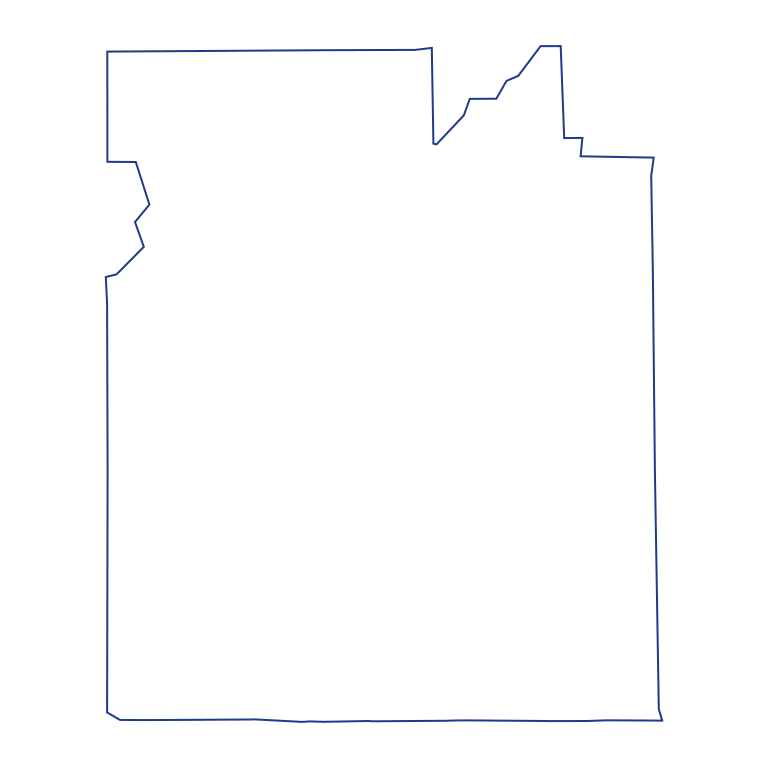 the district of Covington, Alabama, United States of America
{"feature_id": "52423323B38524451377565", "entity_name": "Covington", "entity_type": "district", "adm_level": 2, "iso_a3": "USA", "parent_name": "United States of America", "parent_adm1": "Alabama", "projection": "orthographic", "projection_center": [-86.436, 31.261], "detail": "fine", "context": "isolated", "style": "outline", "palette": "blue", "viewbox_px": 768, "rotation_deg": 0, "n_neighbors": 0, "source": "geoboundaries", "source_scale": "gbopen_adm2", "svg_char_len": 765}
<svg xmlns="http://www.w3.org/2000/svg" viewBox="0 0 768 768"><path d="M654.9,470.5L652.8,267.9L651.2,176.0L653.7,157.6L580.6,156.3L582.4,137.9L564.2,138.1L560.7,46.1L540.6,46.1L518.3,75.8L506.5,80.9L496.3,98.7L469.8,98.9L463.8,115.4L436.5,144.4L433.4,143.6L431.8,47.9L415.2,49.9L325.0,50.2L107.3,51.6L107.4,161.8L135.8,162.0L149.4,204.6L135.0,222.0L143.8,246.8L116.5,274.4L105.8,277.0L107.1,303.6L107.6,470.4L107.1,712.5L120.0,719.9L130.7,720.0L145.5,720.1L250.6,719.5L255.1,719.4L302.1,721.9L309.8,721.4L323.8,721.8L368.8,721.0L372.7,721.3L426.6,720.9L440.7,720.8L444.2,720.8L444.3,720.8L459.5,720.4L465.2,720.4L469.9,720.4L535.2,720.9L551.8,721.1L587.3,721.0L606.9,720.3L662.2,720.6L658.8,709.2L654.9,470.5Z" fill="none" stroke="#1e3a8a" stroke-width="2"/></svg>